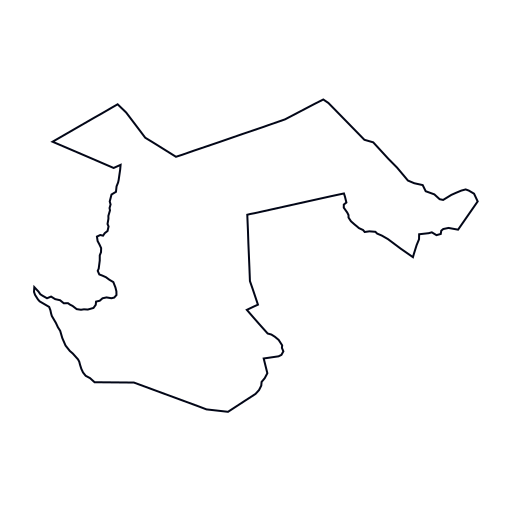 Pesqueira, Pernambuco, Brazil (Natural Earth projection), rotated 269°
{"feature_id": "56859067B17199071441830", "entity_name": "Pesqueira", "entity_type": "district", "adm_level": 2, "iso_a3": "BRA", "parent_name": "Brazil", "parent_adm1": "Pernambuco", "projection": "natural_earth1", "projection_center": [-36.75, -8.43], "detail": "fine", "context": "isolated", "style": "outline", "palette": "ink", "viewbox_px": 512, "rotation_deg": 269, "n_neighbors": 0, "source": "geoboundaries", "source_scale": "gbopen_adm2", "svg_char_len": 2498}
<svg xmlns="http://www.w3.org/2000/svg" viewBox="0 0 512 512"><g transform="rotate(269 256 256)"><path d="M132.6,92.4L131.6,131.7L119.7,162.3L106.4,196.6L103.5,203.8L100.7,225.3L111.2,242.0L118.1,253.1L121.9,256.7L126.3,259.0L130.0,259.4L133.7,262.6L138.6,265.3L153.4,261.9L155.3,276.8L156.7,279.7L160.2,281.7L163.7,280.3L166.2,280.6L171.7,277.2L174.9,273.5L177.2,270.0L178.3,266.3L187.8,258.1L194.3,252.6L202.3,245.9L205.4,252.7L207.3,257.1L223.4,252.0L231.0,249.5L244.8,249.2L268.7,248.6L281.2,248.4L297.4,248.0L298.1,251.0L298.8,255.2L314.4,331.7L315.5,337.3L317.0,345.0L313.7,346.0L307.9,347.3L305.9,344.7L302.8,344.6L297.8,348.0L295.3,349.2L292.8,349.2L289.0,351.6L285.9,355.0L283.8,357.5L282.1,359.4L280.1,363.5L278.1,365.1L278.7,369.8L278.1,375.8L276.3,377.5L274.2,382.2L270.6,388.2L260.9,400.7L252.1,412.9L255.4,413.9L264.1,416.8L269.9,419.3L274.9,419.5L275.8,429.1L276.6,432.2L273.7,436.8L274.8,441.1L278.1,441.7L279.7,443.7L280.7,449.0L278.8,458.5L306.7,478.6L314.5,475.1L317.7,469.9L318.9,466.8L317.8,462.4L315.7,457.1L313.7,452.4L308.8,444.1L309.6,440.6L314.5,435.4L317.8,426.8L324.0,423.9L326.0,415.5L328.8,409.2L341.9,398.6L350.9,390.0L367.6,375.2L370.3,366.4L407.7,331.1L411.3,326.0L407.1,317.3L392.1,287.4L386.5,270.3L385.0,265.9L378.3,244.9L370.5,221.1L364.2,201.4L362.4,195.7L358.5,184.0L356.6,177.7L369.4,158.0L372.1,153.8L376.2,147.3L385.0,140.9L401.7,128.7L410.1,120.3L406.8,114.3L401.6,105.0L397.0,96.5L373.8,54.6L356.9,92.2L352.6,101.7L346.5,115.2L349.5,122.2L344.8,121.7L334.4,120.0L331.9,119.4L328.1,117.8L322.6,117.1L320.0,112.6L316.7,111.7L313.1,110.7L310.1,111.5L306.5,110.4L304.2,110.8L298.7,109.1L295.8,109.1L290.6,108.1L288.1,109.1L283.6,108.0L281.5,105.2L279.0,103.4L279.7,100.7L278.2,97.3L273.7,97.9L270.2,99.7L266.6,101.3L262.5,101.1L259.4,99.8L254.2,99.7L246.1,98.5L243.9,97.5L240.3,99.0L239.1,102.0L237.4,105.6L234.8,109.0L232.4,112.9L227.0,114.9L223.1,115.8L219.4,115.8L216.9,113.5L216.3,110.7L217.2,105.8L216.4,101.8L214.0,99.0L213.2,95.3L210.0,94.9L206.9,92.6L205.4,86.9L205.7,83.0L205.3,80.1L206.0,75.8L209.3,71.7L210.6,69.2L212.1,67.2L212.1,63.0L215.2,59.3L216.4,54.4L219.0,50.4L217.4,46.3L220.0,41.9L221.5,39.7L224.2,37.9L228.7,33.8L226.4,33.6L224.0,33.4L221.0,34.4L216.4,37.2L214.4,38.9L208.7,48.3L205.3,49.5L202.2,50.1L199.6,50.8L192.5,54.8L188.2,56.7L184.6,58.9L177.3,60.9L169.8,64.0L164.3,68.2L161.7,71.1L155.8,76.2L153.5,77.4L150.2,78.2L146.2,79.4L142.6,81.0L139.2,83.6L136.8,87.9L132.6,92.4Z" fill="none" stroke="#020617" stroke-width="2"/></g></svg>